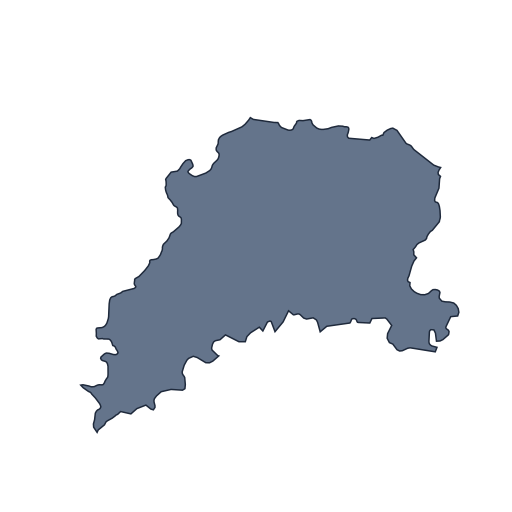 the Autonomous Community of Badajoz, rotated 167°
{"feature_id": "ESP-5807", "entity_name": "Badajoz", "entity_type": "Autonomous Community", "adm_level": 1, "iso_a3": "ESP", "parent_name": "Spain", "parent_adm1": "", "projection": "robinson", "projection_center": [-5.947, 38.694], "detail": "fine", "context": "isolated", "style": "filled", "palette": "slate", "viewbox_px": 512, "rotation_deg": 167, "n_neighbors": 0, "source": "natural_earth", "source_scale": "10m", "svg_char_len": 5903}
<svg xmlns="http://www.w3.org/2000/svg" viewBox="0 0 512 512"><g transform="rotate(167 256 256)"><path d="M69.5,269.8L69.1,268.4L68.2,267.8L67.2,267.3L66.5,266.1L66.3,264.7L66.2,262.9L66.5,258.8L67.6,252.6L68.1,251.3L69.4,248.9L69.6,248.2L76.2,243.1L78.4,241.4L80.6,240.6L83.1,238.6L85.1,236.4L85.9,234.7L87.4,233.5L94.2,232.1L96.6,231.0L98.4,229.2L100.2,227.8L101.4,227.0L101.3,224.5L102.0,221.7L100.0,218.1L103.2,215.6L106.5,211.2L111.5,202.1L113.0,200.3L113.8,198.4L113.6,196.8L111.9,195.5L112.9,192.4L112.0,188.9L109.9,185.7L107.6,183.5L104.2,181.3L100.3,180.3L96.4,180.7L92.9,182.7L91.1,183.4L88.8,183.0L86.7,182.0L85.2,180.5L85.0,179.0L86.6,175.5L86.9,173.7L85.1,170.2L81.7,168.7L77.6,167.6L73.9,165.7L71.9,162.9L70.8,159.3L71.0,155.5L73.0,152.2L79.9,153.1L86.8,144.4L87.2,143.5L86.9,142.3L85.3,140.5L84.9,139.1L85.1,138.4L85.9,136.4L86.3,135.9L92.7,132.5L95.8,131.8L99.3,132.4L98.5,140.5L99.3,144.0L102.2,144.9L103.4,144.2L104.1,143.1L106.8,133.6L106.9,132.1L106.6,130.9L105.9,129.8L104.9,128.8L100.2,126.3L102.9,122.3L126.5,131.9L129.0,132.0L134.7,130.8L137.4,131.1L139.7,133.0L142.5,139.4L145.5,141.6L146.7,146.4L145.2,150.8L139.4,157.8L142.7,165.1L144.0,166.6L157.1,169.0L160.2,165.1L171.2,168.2L172.0,168.6L172.3,169.3L172.5,170.9L172.8,171.7L173.4,172.3L174.1,172.8L175.7,173.2L177.0,172.9L178.6,170.6L179.6,169.6L202.8,171.6L210.5,167.7L210.9,177.5L211.5,180.1L214.2,182.9L220.9,183.2L223.5,184.8L226.2,189.0L227.3,189.9L228.6,190.2L231.9,190.1L232.8,190.3L236.6,195.3L244.4,185.7L254.5,178.0L255.9,188.5L256.3,189.1L257.2,189.5L259.7,189.1L266.2,181.4L268.8,185.9L278.6,182.4L283.0,179.5L285.7,174.9L291.9,176.3L303.5,186.0L309.9,182.5L314.6,182.6L316.5,181.9L318.2,179.9L320.0,176.2L320.0,174.3L315.7,167.6L314.8,167.0L321.7,163.3L325.3,162.4L328.9,163.3L336.1,170.3L339.7,172.4L344.7,171.4L346.8,170.0L350.5,165.8L354.0,159.7L354.2,158.2L354.0,157.0L353.1,154.8L352.8,153.6L353.8,146.6L355.1,142.7L357.8,141.8L368.8,145.1L378.9,145.1L384.4,142.1L387.1,139.8L387.9,138.3L388.2,136.6L388.1,132.9L388.5,131.2L390.6,129.2L392.9,130.5L396.8,135.5L406.4,134.1L413.4,130.3L422.9,134.9L426.5,132.8L427.3,132.7L428.4,132.4L429.3,131.8L432.7,130.3L438.0,128.8L439.6,128.0L441.6,125.6L448.9,122.0L450.5,119.9L452.7,125.7L452.2,128.9L450.1,132.8L447.9,139.0L446.5,140.6L445.0,141.6L443.5,141.9L442.2,142.5L441.1,143.9L441.2,145.8L441.6,147.4L444.5,153.9L447.1,158.4L447.3,159.1L448.0,160.4L449.7,161.7L454.0,166.5L455.8,169.6L453.9,169.5L453.2,169.3L448.0,166.9L446.8,166.1L445.6,165.5L443.0,165.1L440.4,165.7L439.0,165.9L437.6,165.8L435.1,165.1L433.9,165.1L432.9,165.9L432.0,166.9L431.1,168.2L429.0,170.3L427.9,171.1L427.3,172.3L426.7,174.3L425.0,181.8L425.0,184.4L425.5,186.2L426.5,187.2L429.0,188.6L430.0,189.6L430.4,191.2L429.8,192.4L426.3,194.4L425.0,194.9L423.6,195.1L420.9,194.2L417.2,192.1L416.0,191.7L414.6,191.4L413.3,191.8L412.2,192.7L412.3,193.9L412.6,195.2L413.2,196.6L413.4,197.9L413.7,199.2L414.4,200.1L415.1,200.7L415.6,200.9L415.7,201.1L415.8,202.4L415.9,203.7L416.1,205.0L416.6,206.3L417.2,207.4L418.2,208.2L423.3,209.5L424.2,210.1L428.2,210.7L429.1,211.8L429.7,213.8L429.0,216.4L428.3,220.4L427.6,221.4L426.4,221.5L422.3,220.9L420.9,221.1L419.6,221.5L418.4,222.2L417.4,223.1L416.3,224.3L414.0,228.2L413.3,229.9L409.8,242.5L408.4,246.1L407.0,247.9L405.9,248.5L405.2,248.7L404.2,248.6L402.4,248.8L400.2,249.9L396.2,250.4L393.8,251.5L382.0,251.8L380.4,252.5L380.0,253.5L380.6,254.8L380.9,256.2L380.3,258.1L379.8,259.2L379.6,260.2L378.9,261.1L374.6,262.4L367.8,266.8L363.0,270.7L362.3,271.7L361.7,272.4L361.2,273.1L360.8,274.0L360.8,274.8L360.3,275.6L359.6,275.8L358.8,275.9L357.0,275.6L354.0,275.5L352.0,275.9L349.5,278.1L348.6,279.1L347.3,281.1L346.4,282.2L345.9,283.2L345.5,284.2L345.3,285.3L344.8,286.5L343.6,288.2L339.1,290.9L339.1,291.0L336.9,293.0L336.1,294.1L334.5,296.6L333.5,297.4L331.0,298.2L324.4,301.7L322.5,303.2L321.4,304.5L320.5,308.2L320.4,309.2L320.5,310.1L321.0,310.9L322.3,312.3L322.7,313.1L322.8,314.0L322.8,315.0L322.4,316.9L322.1,317.8L321.8,319.7L321.8,320.5L322.2,321.3L322.9,322.0L323.6,322.6L324.3,323.3L324.8,324.1L325.1,325.0L325.7,327.1L326.1,327.9L326.5,328.8L326.9,329.8L328.4,332.3L328.6,333.0L328.5,334.4L328.6,335.7L328.9,337.0L329.1,338.3L329.2,339.6L329.2,340.9L328.9,343.5L327.8,344.7L327.4,346.0L326.9,348.5L326.8,349.8L326.8,350.9L326.1,351.8L319.8,356.8L313.5,356.4L310.6,358.2L309.6,359.4L306.4,362.4L303.1,364.7L300.5,365.1L298.9,364.8L297.9,363.9L297.1,360.1L297.0,358.9L297.1,357.7L297.9,356.9L299.0,356.2L300.4,355.7L302.7,354.3L303.4,353.4L303.1,352.3L302.4,351.2L300.1,348.7L298.0,347.2L296.1,346.8L286.2,348.1L281.8,349.7L280.4,350.7L279.4,351.9L278.1,354.2L277.3,355.0L276.2,355.9L272.4,358.1L271.0,359.3L270.2,360.5L269.5,361.9L269.1,363.1L269.1,364.4L269.7,365.5L270.4,366.6L270.9,367.9L270.8,369.1L270.4,370.4L267.9,373.5L267.4,374.5L267.2,375.4L266.9,376.5L266.4,377.8L264.7,379.7L263.1,380.6L261.2,381.3L254.8,382.6L251.9,382.8L240.7,385.0L237.0,386.8L232.4,390.2L230.4,392.1L227.9,389.7L208.5,382.1L204.7,381.1L204.2,379.9L204.0,378.7L203.4,377.3L202.3,375.5L196.3,371.4L194.7,370.9L193.1,370.8L191.9,371.1L190.9,371.8L190.3,372.9L189.5,373.9L187.3,375.8L186.5,376.6L186.2,377.6L185.6,378.1L183.5,378.4L179.8,377.3L172.7,376.8L171.9,376.0L171.5,374.8L171.6,373.4L171.3,372.1L170.9,370.9L168.1,367.1L166.0,365.5L164.0,364.7L161.9,364.2L157.1,363.8L153.5,364.3L146.5,364.2L142.4,363.0L140.6,362.0L138.6,361.5L137.3,360.7L136.9,359.7L137.1,358.4L138.2,356.0L138.8,354.9L139.6,353.8L140.0,352.6L140.0,351.3L139.2,349.9L119.1,343.4L116.6,345.4L114.6,344.0L110.4,344.3L106.6,345.4L106.1,345.4L105.3,345.1L103.5,347.5L99.9,349.1L96.1,349.9L93.9,349.8L91.9,348.0L90.4,346.7L84.5,332.1L83.8,331.3L81.2,329.5L80.2,328.5L79.6,327.3L78.6,324.9L78.0,323.9L62.4,304.6L58.2,301.7L56.2,300.7L58.4,298.5L59.8,296.5L60.0,294.4L58.3,292.1L59.7,290.0L62.5,280.9L68.7,272.3L69.5,269.8Z" fill="#64748b" stroke="#1e293b" stroke-width="1.5"/></g></svg>